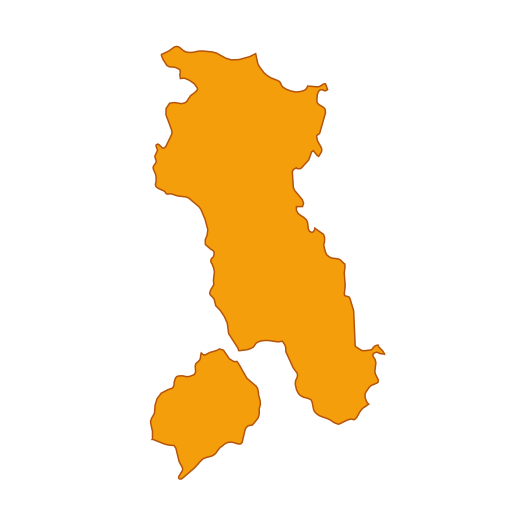 outline of Tirol, rotated 85°
{"feature_id": "AUT-2329", "entity_name": "Tirol", "entity_type": "State", "adm_level": 1, "iso_a3": "AUT", "parent_name": "Austria", "parent_adm1": "", "projection": "mercator", "projection_center": [11.6, 47.192], "detail": "fine", "context": "isolated", "style": "filled", "palette": "amber", "viewbox_px": 512, "rotation_deg": 85, "n_neighbors": 0, "source": "natural_earth", "source_scale": "10m", "svg_char_len": 5235}
<svg xmlns="http://www.w3.org/2000/svg" viewBox="0 0 512 512"><g transform="rotate(85 256 256)"><path d="M48.0,332.7L46.9,332.6L46.8,331.9L44.1,324.8L40.7,319.2L40.3,317.0L40.8,315.1L42.7,312.7L44.6,311.0L46.2,308.8L47.2,306.1L47.6,302.2L47.5,299.9L47.0,296.8L46.9,294.1L47.2,290.7L48.9,281.9L50.4,277.7L56.3,268.9L58.5,263.4L58.8,257.2L58.7,255.0L56.9,245.1L54.4,238.7L64.1,237.5L67.4,236.3L74.1,232.1L77.0,229.4L79.7,225.8L83.1,219.1L84.0,217.7L85.5,216.6L88.7,215.5L90.0,214.6L92.5,211.3L94.7,206.8L96.1,201.8L96.0,197.1L95.4,194.3L94.6,192.3L93.3,190.9L91.2,189.7L92.7,180.9L92.9,178.8L91.9,176.3L90.6,173.9L90.4,171.9L92.6,171.1L95.2,170.6L96.3,170.1L96.8,170.6L97.5,172.6L97.3,173.5L96.6,174.6L96.0,176.0L96.3,177.9L97.1,178.9L98.3,179.8L100.7,180.9L107.1,181.9L108.8,181.6L110.7,180.0L113.8,175.8L115.9,174.3L119.5,174.3L139.3,181.9L139.9,182.6L140.4,183.7L141.2,184.8L142.5,185.2L146.9,184.6L153.0,181.8L155.1,181.2L157.2,181.4L158.8,182.3L162.2,184.9L161.0,186.4L156.1,189.7L157.1,191.5L164.9,195.1L172.4,203.2L172.8,204.2L172.9,205.7L172.5,207.2L172.1,208.3L171.7,208.3L173.2,211.3L175.3,212.5L191.0,212.8L193.9,211.9L203.8,205.0L207.6,204.0L210.8,205.3L210.4,211.4L214.0,211.8L217.3,210.3L219.5,208.0L221.5,205.3L224.4,202.6L227.2,201.7L233.7,201.5L236.1,200.5L237.4,198.3L236.8,196.6L235.2,195.5L233.4,195.0L240.4,186.8L243.9,186.0L247.6,186.5L251.0,187.6L258.0,186.5L261.3,185.2L264.0,182.1L264.8,180.0L265.9,174.9L267.0,172.5L271.2,168.9L271.7,168.2L274.5,168.3L281.0,169.6L293.3,169.7L301.7,171.4L303.3,170.9L304.8,167.1L306.5,166.1L319.1,163.5L353.6,165.0L354.8,164.8L359.1,159.3L359.6,157.9L359.8,155.8L359.6,149.8L359.1,148.6L358.4,148.1L357.1,146.8L356.0,145.4L355.6,144.1L355.3,142.3L357.6,141.4L361.3,138.3L362.6,137.5L364.8,136.5L365.1,136.5L364.7,137.5L364.3,139.9L363.7,141.6L362.8,143.0L362.3,144.5L363.1,147.0L364.6,148.3L366.2,148.1L369.6,146.3L372.9,145.9L381.5,147.7L384.1,147.3L390.0,145.0L392.5,145.5L393.2,146.8L394.7,151.6L395.6,153.4L396.8,154.8L401.2,158.4L403.4,159.5L406.4,159.6L409.6,158.9L412.0,157.9L413.4,156.6L417.3,163.4L420.4,166.2L425.7,169.8L427.0,171.4L427.6,172.4L427.4,173.5L426.7,175.2L426.9,177.0L427.5,179.6L430.4,187.1L430.8,188.5L430.4,189.3L429.7,191.0L428.7,192.8L425.7,196.5L424.2,199.1L421.0,206.1L419.9,207.7L418.7,209.1L417.4,210.3L415.9,211.3L414.1,212.0L406.8,212.8L405.3,213.2L404.1,213.7L403.3,214.9L402.2,216.9L400.8,221.0L399.3,223.4L397.5,225.2L395.6,226.2L392.7,227.3L387.8,228.0L385.5,227.9L383.5,227.3L380.1,225.4L378.3,225.0L376.1,225.3L370.9,228.6L354.0,234.6L349.4,234.4L347.3,234.9L343.2,237.1L343.5,241.5L341.4,250.3L341.0,253.5L341.0,257.6L341.4,260.0L342.2,262.3L343.1,263.7L345.6,265.7L346.7,266.9L347.9,270.0L348.5,272.2L348.9,280.4L348.7,281.4L348.7,281.5L346.2,282.0L331.0,290.0L320.3,290.5L313.6,292.8L307.2,296.3L302.0,300.4L295.2,301.5L293.6,302.6L290.6,305.0L288.9,305.4L286.1,304.3L281.2,300.7L278.3,300.4L277.2,300.6L276.1,300.5L275.9,300.4L268.1,298.8L264.5,299.2L260.1,300.4L260.1,300.5L258.7,301.2L257.2,301.5L255.9,301.2L254.6,300.5L253.8,299.4L253.0,298.6L252.0,298.0L249.3,297.4L247.8,297.7L246.5,298.7L245.3,300.4L245.3,300.5L240.2,305.4L235.6,305.2L230.9,302.9L225.6,301.7L215.1,303.5L204.6,306.9L202.0,308.5L192.2,318.2L191.0,320.9L189.4,328.6L186.6,335.4L186.5,336.2L186.6,338.5L186.4,339.6L185.7,340.3L184.1,341.1L183.4,341.7L180.1,347.5L178.0,349.7L175.8,350.0L173.3,349.1L168.0,348.6L165.5,349.0L160.4,350.7L158.9,350.8L157.4,350.2L154.8,347.9L153.5,347.2L152.0,347.2L149.1,348.0L147.6,348.0L143.3,345.5L141.6,344.9L138.4,345.9L136.8,345.9L135.9,344.0L136.6,342.9L139.9,340.2L140.6,338.6L139.2,336.4L127.7,329.5L125.4,328.9L122.7,329.2L107.4,333.4L101.2,332.7L96.3,328.8L96.0,324.1L97.8,316.6L97.0,312.9L95.7,311.3L90.6,307.2L87.4,302.1L85.9,300.5L85.9,300.4L85.1,299.9L84.2,299.7L83.4,299.9L79.1,302.4L75.3,306.8L72.6,311.8L72.6,315.9L68.8,316.1L65.9,315.3L63.5,315.8L61.2,319.7L60.5,322.4L60.3,324.3L59.9,326.0L58.4,328.2L51.8,331.6L48.0,332.7ZM399.3,370.1L395.7,369.5L389.6,367.0L384.4,362.4L381.5,355.4L380.2,350.6L377.7,348.9L374.6,348.5L371.5,347.3L370.0,346.3L369.2,345.4L368.8,343.9L368.8,341.1L369.2,338.6L369.8,337.0L370.2,335.4L370.2,332.7L368.8,327.9L366.4,326.3L360.1,326.1L358.0,325.3L357.1,324.2L356.3,322.9L354.6,321.1L352.9,320.3L349.4,319.6L347.8,319.0L350.0,316.8L350.0,314.8L349.0,312.7L348.0,310.2L347.1,305.2L346.4,302.6L345.4,300.5L347.0,296.6L356.1,291.5L359.3,287.2L359.4,284.1L363.5,281.9L376.9,275.8L385.8,267.1L388.4,265.9L391.5,265.5L395.0,265.5L400.3,264.5L404.3,264.6L408.6,266.1L412.7,266.4L415.5,267.1L418.1,268.5L424.0,274.2L424.4,278.4L425.6,280.2L427.6,281.8L440.6,286.1L441.9,287.9L441.7,290.2L439.8,294.8L439.4,296.4L439.2,298.0L439.2,298.9L439.3,300.0L439.8,302.1L440.8,304.0L442.3,306.0L443.6,308.4L446.6,311.3L448.1,312.4L450.0,314.5L451.2,316.8L451.9,319.8L452.3,322.7L453.3,326.2L454.9,328.4L461.8,335.8L470.8,348.4L471.7,350.1L471.6,350.8L471.5,351.3L471.2,351.9L470.7,352.3L470.2,352.4L469.0,352.2L463.6,348.2L462.0,347.6L460.3,347.8L454.2,350.5L440.8,352.5L437.6,354.1L437.1,357.9L436.4,360.6L435.3,363.7L430.3,373.5L429.6,375.2L429.6,375.3L429.4,375.1L421.9,374.4L413.2,375.5L411.0,375.3L408.5,374.1L403.9,370.9L399.3,370.1Z" fill="#f59e0b" stroke="#b45309" stroke-width="1.5"/></g></svg>